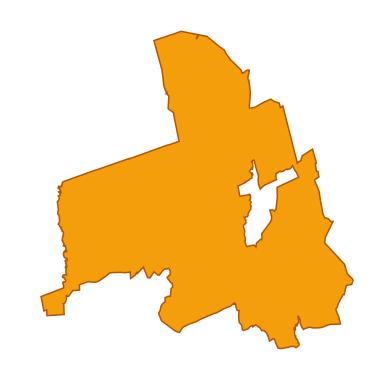 outline of Grobiņas pag., Grobinas, Latvia, rotated 87°
{"feature_id": "27541924B17977825120630", "entity_name": "Grobiņas pag.", "entity_type": "district", "adm_level": 2, "iso_a3": "LVA", "parent_name": "Latvia", "parent_adm1": "Grobinas", "projection": "equal_earth", "projection_center": [21.191, 56.5], "detail": "fine", "context": "isolated", "style": "filled", "palette": "amber", "viewbox_px": 384, "rotation_deg": 87, "n_neighbors": 0, "source": "geoboundaries", "source_scale": "gbopen_adm2", "svg_char_len": 5986}
<svg xmlns="http://www.w3.org/2000/svg" viewBox="0 0 384 384"><g transform="rotate(87 192 192)"><path d="M38.8,222.1L68.4,215.6L84.6,214.5L89.2,213.2L90.9,212.5L90.7,212.1L91.9,211.7L92.5,212.6L92.6,212.1L95.0,210.1L107.6,211.5L112.0,206.1L114.7,206.1L140.7,202.3L143.6,212.2L144.0,214.6L153.9,247.3L155.6,253.1L155.3,253.1L163.5,281.3L166.3,291.4L174.7,319.2L175.4,320.8L178.0,321.6L178.6,321.3L178.7,321.7L179.4,322.0L179.7,322.4L179.2,323.2L179.9,323.9L179.7,324.2L179.7,324.7L180.1,324.9L179.8,325.1L181.2,325.5L181.5,324.6L181.5,324.3L181.0,324.2L181.3,323.6L182.3,324.2L182.5,323.8L185.2,322.7L185.7,322.9L184.5,323.3L184.6,324.5L184.8,324.7L184.9,325.2L185.5,324.9L185.3,324.1L188.0,323.7L189.0,325.8L189.8,325.0L191.1,324.9L193.1,325.3L194.2,326.2L194.2,326.7L194.7,327.0L201.9,326.4L203.5,326.5L204.7,327.0L207.3,327.1L208.3,326.0L212.7,325.7L214.9,325.9L217.1,327.3L218.1,326.4L219.8,325.7L220.5,324.3L220.9,324.2L221.1,324.8L222.0,324.7L222.9,324.2L223.1,323.6L224.3,323.8L224.6,323.5L224.6,323.0L226.3,322.4L227.4,322.9L228.0,322.5L229.5,323.4L233.6,324.2L233.9,323.7L234.7,323.8L235.2,323.3L235.9,323.4L236.8,322.4L239.0,323.3L239.4,322.2L238.8,321.8L239.2,321.1L239.9,321.5L240.8,320.9L243.0,321.0L243.6,320.4L244.7,320.2L245.0,320.8L244.5,321.0L244.0,321.9L244.2,322.1L245.2,322.0L245.2,323.1L247.7,323.7L250.4,323.0L251.1,322.4L251.3,320.9L252.0,320.0L252.5,320.0L253.4,320.2L252.6,320.9L252.7,321.1L254.2,322.4L254.6,322.3L254.4,321.8L255.7,321.2L256.1,321.2L256.4,321.8L257.1,321.9L257.3,321.4L259.5,320.8L260.0,321.1L259.5,321.9L259.8,322.3L260.6,322.3L261.4,321.8L261.8,322.1L262.3,321.6L265.2,322.2L267.3,321.6L268.2,321.7L267.8,322.1L268.0,324.0L268.4,325.1L269.5,325.8L270.6,325.6L270.5,324.2L271.7,324.0L273.0,323.0L274.4,322.8L274.9,323.1L275.0,324.9L275.3,325.3L275.5,324.9L275.8,325.1L275.8,325.5L276.1,325.8L276.4,325.3L278.1,325.5L279.3,325.0L279.8,325.3L281.0,325.1L288.5,348.2L303.1,346.1L302.2,343.3L307.9,343.3L307.7,326.1L297.1,325.9L296.9,326.2L296.2,324.7L294.9,323.9L292.4,323.0L288.8,322.8L288.6,322.5L289.6,321.8L289.8,320.7L284.1,316.1L284.3,315.8L284.0,309.4L278.7,309.2L276.1,300.3L277.1,294.4L276.7,291.5L275.3,288.4L271.3,282.0L269.0,279.0L268.3,277.4L268.5,267.7L269.1,262.8L268.7,257.9L275.2,257.8L272.3,253.3L271.1,252.3L269.3,251.5L269.2,251.2L270.4,250.7L264.3,244.3L266.3,243.9L275.3,240.7L275.5,238.4L269.7,234.0L273.1,230.6L273.3,229.0L269.9,226.2L267.3,223.1L267.7,222.1L266.9,219.3L270.1,217.8L273.9,218.4L274.3,219.5L275.7,220.8L275.8,221.3L276.7,221.1L280.5,218.6L281.6,217.8L281.9,217.0L282.8,216.5L286.1,216.3L287.2,217.9L295.0,219.1L294.9,221.4L296.2,224.5L300.1,224.5L301.9,227.0L304.2,228.8L308.8,230.1L311.1,231.6L312.6,231.4L319.1,229.1L329.3,216.8L330.7,214.4L331.6,212.3L331.3,211.6L326.7,208.5L323.7,201.5L322.0,195.4L319.2,189.3L317.8,185.6L314.3,175.8L313.8,173.4L310.4,166.5L307.9,159.3L305.1,155.8L306.5,155.8L305.8,154.5L310.1,153.9L312.7,153.0L312.7,151.3L318.6,151.9L324.8,151.7L326.9,149.8L328.7,149.2L332.1,148.9L332.9,147.8L332.2,145.1L331.5,143.0L329.5,141.2L328.5,138.4L329.7,138.3L329.3,137.8L328.1,135.3L331.2,131.3L334.1,129.7L334.0,127.7L336.7,124.8L339.5,123.9L339.4,123.6L345.0,122.4L343.0,118.9L342.8,118.1L343.6,117.2L347.3,116.2L352.3,114.3L352.7,113.2L353.0,110.8L352.1,104.0L351.4,100.9L351.7,97.8L352.9,96.4L352.5,95.4L350.4,93.0L348.4,93.1L348.3,93.7L347.7,94.2L346.5,94.0L344.7,94.7L344.0,95.3L344.3,95.4L343.8,95.9L343.3,95.7L341.5,96.5L341.5,96.0L341.3,96.0L340.8,96.8L336.6,97.0L335.6,96.3L335.0,96.5L335.4,97.1L333.3,97.4L333.2,97.3L333.4,97.0L333.1,96.9L333.4,96.5L333.1,96.4L333.7,95.9L332.2,95.8L331.8,95.4L330.4,95.5L330.2,95.1L330.9,94.0L330.0,93.6L328.9,93.8L328.1,92.3L325.5,92.3L321.8,92.8L321.7,92.3L324.9,90.9L326.7,90.4L328.6,90.8L329.3,90.6L333.0,89.3L335.1,87.9L334.3,86.3L333.1,81.7L334.0,78.8L334.3,73.3L334.0,69.3L331.4,61.2L331.7,50.9L331.4,50.6L323.0,52.3L321.1,53.4L318.1,54.1L317.9,54.3L316.1,54.4L314.8,53.1L311.7,52.1L302.5,46.6L302.3,46.3L302.5,45.4L293.4,42.8L292.7,37.3L288.6,35.8L287.1,36.3L281.8,41.2L272.2,43.5L249.7,62.2L244.4,61.3L228.8,52.7L228.6,55.0L225.8,57.3L224.6,60.8L221.1,62.3L207.9,64.1L198.2,65.0L186.3,69.1L183.6,64.5L178.1,65.1L177.7,66.6L170.3,67.4L169.9,66.4L167.2,66.7L155.5,69.4L161.6,80.0L164.9,81.3L166.2,81.2L167.2,83.6L168.5,85.3L110.8,96.8L112.4,99.3L107.7,100.3L105.9,105.2L103.4,108.4L106.1,115.6L110.8,125.0L111.3,129.4L110.9,130.4L95.7,128.5L83.4,129.3L83.5,129.8L81.9,130.2L79.1,129.9L74.0,128.4L73.3,128.5L73.1,130.0L73.8,131.8L74.8,133.0L75.9,135.1L75.6,135.1L75.7,135.8L73.0,136.5L61.7,146.8L54.7,151.3L52.3,152.0L47.7,157.7L37.4,168.8L35.4,176.8L38.8,179.2L38.4,179.7L35.3,177.4L31.0,194.3L38.8,222.1ZM214.1,115.2L221.3,113.7L224.1,114.2L226.9,115.9L237.4,124.6L241.3,124.5L243.1,124.8L242.7,125.7L246.5,130.4L250.3,131.0L248.3,132.7L248.5,135.0L249.4,140.1L248.5,140.6L244.8,141.7L241.5,141.1L237.4,142.0L233.9,141.4L229.4,142.6L227.5,141.8L226.8,141.1L226.7,140.4L225.4,139.7L222.6,139.8L221.8,140.6L220.7,140.9L221.0,140.6L219.9,140.2L219.6,138.4L218.7,137.3L217.0,137.2L213.3,135.3L212.5,134.2L208.9,133.8L207.5,134.4L205.4,133.6L204.2,134.0L203.6,134.9L203.1,135.1L202.5,134.9L202.0,133.8L198.1,133.8L198.2,134.7L197.3,135.0L197.9,137.2L198.7,144.2L198.1,144.6L188.5,145.8L185.2,138.0L184.7,137.8L182.8,134.0L182.4,133.9L181.3,131.6L178.1,131.0L178.2,130.5L177.3,130.3L176.5,130.7L177.1,131.1L177.3,131.6L175.9,132.1L175.8,132.8L175.4,133.1L174.2,133.3L171.4,131.6L171.3,131.1L172.4,130.6L172.3,130.3L171.2,130.3L169.7,129.8L168.4,130.0L166.3,129.9L165.3,130.2L165.2,130.9L164.7,130.9L163.3,128.9L163.5,128.3L172.3,126.6L179.3,124.8L184.3,125.4L187.8,125.2L192.8,123.7L191.2,122.2L188.8,118.9L184.0,106.9L181.2,107.4L177.9,107.1L177.9,106.1L177.5,105.8L175.7,102.9L176.5,102.3L176.0,99.9L174.4,97.3L174.2,95.7L174.6,95.6L173.7,92.4L171.0,90.2L176.7,87.8L177.2,87.1L182.8,84.7L191.3,105.6L192.0,106.8L201.8,107.1L213.4,109.0L215.3,110.6L214.1,112.6L214.1,115.2Z" fill="#f59e0b" stroke="#b45309" stroke-width="1.5"/></g></svg>